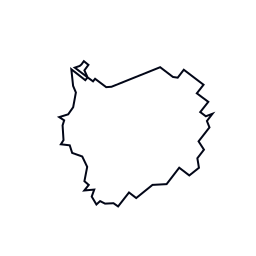 Taylor, Georgia, United States of America (Robinson projection), rotated 217°
{"feature_id": "52423323B238156185995", "entity_name": "Taylor", "entity_type": "district", "adm_level": 2, "iso_a3": "USA", "parent_name": "United States of America", "parent_adm1": "Georgia", "projection": "robinson", "projection_center": [-84.215, 32.56], "detail": "fine", "context": "isolated", "style": "outline", "palette": "ink", "viewbox_px": 256, "rotation_deg": 217, "n_neighbors": 0, "source": "geoboundaries", "source_scale": "gbopen_adm2", "svg_char_len": 856}
<svg xmlns="http://www.w3.org/2000/svg" viewBox="0 0 256 256"><g transform="rotate(217 128 128)"><path d="M50.5,127.0L47.4,138.9L54.4,145.6L54.3,156.4L63.6,159.8L63.3,177.5L69.2,181.1L69.1,190.2L72.9,184.2L79.9,184.2L79.6,197.2L93.9,197.1L93.7,208.0L118.5,208.1L118.6,198.1L122.8,195.8L138.9,195.9L166.0,151.0L170.0,147.5L183.9,147.5L184.0,144.2L190.7,144.1L190.9,140.5L208.6,140.8L197.2,128.6L191.0,125.0L184.3,111.6L184.0,102.9L189.5,95.3L183.6,95.7L181.8,90.7L172.2,79.5L171.8,74.6L164.1,79.1L157.6,74.5L147.4,77.7L137.2,72.4L130.8,59.3L125.1,58.9L125.3,51.8L117.9,58.5L115.7,51.4L107.2,47.9L106.3,52.8L100.8,53.8L94.3,59.2L88.7,59.4L88.4,77.1L79.3,77.0L74.2,97.3L63.4,106.4L63.2,127.1L50.5,127.0ZM206.8,144.2L190.7,144.1L197.5,147.8L197.6,154.6L203.5,154.8L203.4,150.8L203.9,148.5L206.8,144.2Z" fill="none" stroke="#020617" stroke-width="2"/></g></svg>